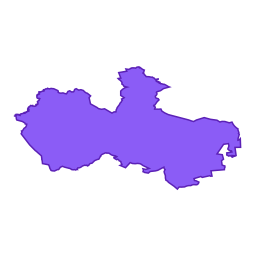 Turlavas pag., Kuldigas, Latvia (Natural Earth projection)
{"feature_id": "27541924B11045526003149", "entity_name": "Turlavas pag.", "entity_type": "district", "adm_level": 2, "iso_a3": "LVA", "parent_name": "Latvia", "parent_adm1": "Kuldigas", "projection": "natural_earth1", "projection_center": [21.723, 56.833], "detail": "fine", "context": "isolated", "style": "filled", "palette": "violet", "viewbox_px": 256, "rotation_deg": 0, "n_neighbors": 0, "source": "geoboundaries", "source_scale": "gbopen_adm2", "svg_char_len": 5703}
<svg xmlns="http://www.w3.org/2000/svg" viewBox="0 0 256 256"><path d="M233.9,156.4L232.6,156.0L232.4,155.6L235.3,155.8L236.1,155.5L235.0,147.4L240.6,147.3L240.3,138.7L239.3,139.8L238.0,140.2L238.0,138.9L239.3,134.2L238.5,133.5L238.9,132.6L238.0,130.1L237.9,128.7L236.8,128.2L234.6,126.2L233.2,124.4L232.0,122.1L229.2,122.8L224.9,121.5L222.0,121.4L219.9,122.0L217.0,120.2L210.5,119.3L204.2,117.6L196.4,120.0L193.7,121.5L191.9,121.1L188.5,119.9L168.3,114.6L164.7,112.9L161.9,111.1L160.9,109.0L158.7,109.2L154.6,109.1L154.7,108.7L155.3,107.4L155.1,106.9L154.6,106.5L153.9,106.2L153.7,105.4L154.0,105.2L154.8,105.1L157.0,101.9L159.0,99.9L158.2,98.7L156.4,98.2L155.6,97.6L155.3,96.2L156.5,95.0L157.0,93.9L156.4,92.3L156.5,92.1L157.4,91.6L160.5,90.7L163.5,88.6L169.4,87.0L168.4,86.6L165.9,85.1L164.5,84.4L163.9,84.2L163.5,84.4L161.6,83.7L160.8,83.8L160.2,83.4L159.4,83.2L159.0,82.7L160.6,82.6L159.1,82.0L158.5,82.3L158.4,81.8L157.5,81.9L157.4,81.8L157.5,81.6L156.8,81.6L156.2,81.0L156.4,80.8L156.3,80.6L156.6,80.4L156.9,80.0L157.8,79.3L158.1,79.3L158.1,78.9L155.4,79.5L154.2,78.1L153.3,77.8L152.4,77.1L151.4,77.2L148.9,76.7L146.1,76.6L145.3,75.3L144.6,75.0L143.9,73.6L143.0,73.1L143.2,72.6L143.9,72.0L144.0,70.8L144.3,70.1L142.5,69.3L140.0,67.4L139.8,67.3L139.5,67.8L139.3,67.7L139.1,67.1L138.9,66.9L137.1,67.1L136.3,67.5L135.7,68.2L133.8,67.8L133.2,68.0L132.0,67.8L131.3,68.3L130.4,68.4L129.9,69.0L128.6,69.4L125.9,69.0L126.8,71.2L118.7,72.6L120.8,78.1L118.1,78.5L119.0,79.5L120.4,80.4L121.7,82.0L122.0,82.4L121.9,84.1L123.1,84.9L123.8,86.2L127.1,87.1L125.0,87.7L122.5,89.3L120.7,91.1L120.7,95.4L124.2,97.7L123.4,98.3L121.6,99.0L122.3,100.5L121.7,100.9L121.3,101.6L121.3,102.0L120.1,103.1L119.5,104.5L117.1,107.7L116.9,108.6L116.3,109.6L115.9,111.9L114.0,111.9L112.2,113.0L111.8,113.0L104.6,108.8L101.5,109.3L98.5,108.6L96.9,107.4L90.5,103.9L89.1,97.7L90.6,95.9L87.3,93.2L86.3,93.0L84.6,91.8L83.4,90.5L80.9,89.7L78.7,90.1L76.2,88.7L74.7,89.4L73.8,91.6L73.2,91.9L71.4,91.9L69.8,90.8L68.0,91.4L66.5,93.8L66.3,93.8L65.0,93.6L63.0,92.9L60.9,93.2L59.2,92.9L58.1,92.2L58.3,91.3L57.9,90.6L53.7,88.7L52.2,88.6L51.1,88.4L49.3,88.9L47.5,88.3L47.4,88.6L47.2,88.8L45.6,88.9L44.7,89.6L43.6,89.7L43.7,90.1L43.5,90.3L44.1,90.7L44.0,91.0L43.6,91.1L42.5,91.1L42.3,91.3L41.5,91.5L41.0,91.8L39.2,91.8L39.3,92.0L39.7,92.2L39.8,92.6L38.9,92.9L39.2,93.4L38.5,94.0L38.0,94.2L37.9,94.3L38.3,94.5L37.3,94.7L37.4,95.2L37.2,95.6L36.9,95.6L37.0,96.3L36.8,96.8L37.1,97.9L37.8,98.4L39.3,98.4L39.7,98.6L39.2,99.2L39.4,99.5L39.1,99.9L39.0,100.5L38.4,100.7L37.4,101.6L37.6,102.4L37.9,102.6L38.0,103.2L37.7,103.7L37.7,104.4L36.5,104.9L36.4,104.7L36.5,104.3L36.1,104.4L35.8,104.9L36.2,105.6L36.0,105.8L35.2,106.2L34.7,106.2L34.2,106.3L33.9,106.0L32.9,106.2L32.5,105.8L32.5,105.5L31.3,105.8L31.0,105.5L30.8,105.4L30.0,106.0L29.6,106.8L28.8,106.9L28.4,107.4L28.6,107.7L28.4,108.1L28.2,108.2L28.4,108.6L28.0,108.7L28.1,108.9L28.0,109.2L28.2,109.6L28.6,109.6L29.0,109.9L28.8,110.3L28.6,110.4L28.7,111.2L27.9,111.3L27.7,111.0L27.7,111.5L27.3,111.7L26.6,111.7L26.4,111.9L26.3,112.3L25.9,112.3L25.7,112.5L25.6,112.4L25.6,112.2L24.9,112.4L25.3,112.8L24.9,113.3L24.2,113.2L24.0,112.9L23.5,113.0L23.3,113.4L20.8,113.9L20.7,114.2L20.4,114.3L20.6,114.5L20.1,115.3L19.8,115.0L19.4,115.2L19.1,115.2L18.7,114.9L18.6,114.6L18.2,114.6L17.9,114.3L17.7,114.4L17.0,114.4L16.8,114.8L16.4,114.7L16.3,114.4L16.1,114.3L15.9,114.5L15.9,114.8L15.5,115.0L16.2,115.2L15.7,115.4L15.5,115.6L15.8,115.6L15.4,116.0L15.8,116.0L16.3,117.7L16.3,118.8L16.8,120.0L22.4,121.5L25.0,123.1L25.2,124.0L26.7,124.2L26.4,125.8L25.6,127.3L24.1,128.3L22.5,130.7L21.5,131.0L21.9,132.0L21.8,132.7L21.2,133.4L21.2,133.8L21.3,134.0L29.6,144.8L35.3,150.6L36.4,151.4L37.7,152.6L41.4,155.8L41.9,159.3L41.8,159.5L42.2,160.8L42.5,163.6L48.6,164.8L49.0,165.8L49.3,166.2L49.8,168.1L51.0,170.4L52.1,170.8L54.5,171.0L57.4,169.6L58.5,169.6L59.1,169.0L60.3,167.3L62.4,166.3L64.8,167.2L70.3,168.6L71.7,169.6L73.3,169.8L74.5,169.6L75.5,170.0L76.2,169.8L76.7,169.3L77.5,169.5L77.4,169.0L77.7,168.0L79.8,167.7L81.3,166.9L82.6,165.9L83.8,165.6L84.5,165.2L85.7,165.4L86.3,165.2L87.2,165.3L87.4,165.9L88.7,165.4L89.3,164.3L90.3,163.5L92.0,163.2L94.5,160.8L94.5,160.7L97.3,159.5L98.8,159.2L99.3,158.5L99.4,158.2L100.4,156.4L100.8,156.1L100.6,155.8L101.6,154.7L102.3,154.3L104.9,153.1L106.0,152.8L106.5,153.1L108.4,153.1L109.0,153.2L111.3,154.8L112.8,155.4L115.2,155.8L116.9,156.7L116.5,157.0L113.9,157.4L114.1,158.2L116.7,159.7L117.8,159.2L119.1,160.4L119.2,160.8L120.8,161.5L121.1,163.0L121.6,163.7L121.9,164.5L121.3,164.9L120.1,165.4L125.5,167.7L130.2,162.6L132.4,163.5L135.2,163.7L137.7,163.4L140.0,163.7L140.6,163.9L143.3,165.7L149.1,168.4L145.6,169.4L143.0,168.8L143.3,169.5L143.3,170.7L143.0,171.6L143.5,171.7L144.3,172.4L144.8,172.5L148.3,173.1L149.9,171.7L150.7,171.4L155.3,170.9L157.8,170.3L163.7,167.2L164.0,167.2L163.8,167.8L164.5,169.0L165.1,169.4L164.1,171.6L164.4,173.0L165.2,175.0L165.2,175.3L165.4,175.6L165.4,178.0L165.9,180.2L167.7,181.2L168.3,182.2L174.0,186.2L177.4,189.1L178.8,187.3L179.5,187.0L181.3,187.1L184.6,186.9L186.7,186.0L188.7,185.6L190.8,185.6L192.2,184.9L193.7,184.6L196.2,184.8L197.2,184.6L198.0,184.0L198.7,182.9L198.9,182.1L195.9,180.7L194.5,180.5L194.0,178.6L200.9,176.5L202.2,177.4L209.8,175.7L210.5,176.2L212.0,176.1L211.0,170.8L224.4,169.7L224.5,168.2L225.0,167.1L224.8,165.9L224.0,165.8L222.1,165.0L221.5,160.7L223.5,159.2L222.3,154.7L217.0,153.9L223.6,144.3L228.4,143.6L228.9,146.0L227.8,149.0L229.0,150.2L230.9,151.0L231.5,150.9L231.9,152.0L226.8,152.9L226.9,153.5L226.7,154.4L227.0,155.3L227.6,155.4L228.8,156.1L229.9,155.7L230.6,155.8L230.7,156.0L231.0,156.0L232.2,157.2L232.8,157.0L233.2,156.6L233.9,156.4Z" fill="#8b5cf6" stroke="#5b21b6" stroke-width="1.5"/></svg>